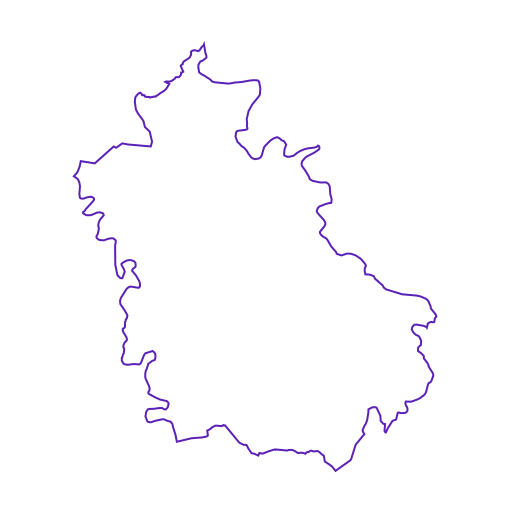 Chapulhuacán, Hidalgo, Mexico (Natural Earth projection), rotated 277°
{"feature_id": "50627088B31235975347334", "entity_name": "Chapulhuacán", "entity_type": "district", "adm_level": 2, "iso_a3": "MEX", "parent_name": "Mexico", "parent_adm1": "Hidalgo", "projection": "natural_earth1", "projection_center": [-98.94, 21.126], "detail": "fine", "context": "isolated", "style": "outline", "palette": "violet", "viewbox_px": 512, "rotation_deg": 277, "n_neighbors": 0, "source": "geoboundaries", "source_scale": "gbopen_adm2", "svg_char_len": 6043}
<svg xmlns="http://www.w3.org/2000/svg" viewBox="0 0 512 512"><g transform="rotate(277 256 256)"><path d="M459.6,178.6L458.8,178.4L456.8,176.6L453.3,174.9L452.3,173.6L452.8,170.5L452.5,168.9L451.7,167.4L450.8,166.6L447.9,167.1L444.7,165.8L440.4,160.8L439.2,160.0L437.3,159.8L436.9,158.9L435.4,158.1L430.0,161.4L429.2,160.4L429.0,159.4L426.9,159.4L425.5,158.8L424.2,157.8L423.7,154.6L422.1,153.8L419.2,150.6L418.3,147.5L418.4,146.3L417.8,146.1L418.1,145.3L417.8,144.8L416.9,146.8L417.0,147.5L416.2,149.0L410.7,146.4L408.5,144.4L405.7,140.8L403.4,138.6L402.8,137.4L402.0,137.1L401.8,135.1L401.3,134.5L401.3,133.6L400.3,131.5L400.9,130.7L400.5,128.2L400.7,127.9L400.7,126.3L401.9,125.7L402.1,125.1L401.7,123.9L402.1,123.0L403.2,122.6L403.9,121.3L403.7,120.4L401.6,118.4L398.7,116.9L394.4,116.9L386.9,118.9L383.4,121.2L376.5,127.7L370.4,130.1L366.6,135.3L356.8,138.9L351.9,138.2L351.1,115.3L351.5,109.6L346.4,104.0L347.3,101.4L328.3,84.7L328.8,70.5L323.5,70.1L318.6,68.9L316.6,68.1L313.0,65.5L310.6,69.8L307.6,71.6L303.9,72.8L296.0,73.1L292.4,74.1L291.7,75.4L291.9,77.7L293.3,80.4L294.7,84.4L294.3,86.8L293.5,88.0L292.6,88.4L291.3,88.1L281.4,81.1L280.1,80.7L278.5,79.0L277.4,79.1L275.9,82.4L275.9,83.8L276.4,87.2L279.8,93.1L280.3,95.7L279.9,98.5L279.2,99.4L277.8,99.9L273.3,96.9L270.2,95.8L266.7,95.7L264.6,96.6L263.1,96.7L258.3,96.2L256.4,95.3L255.1,95.4L254.1,96.1L252.8,98.5L253.0,103.0L255.4,108.0L256.1,111.1L256.0,112.4L254.5,114.8L253.0,115.1L249.1,114.9L230.1,117.4L220.0,120.8L217.5,124.1L217.6,126.0L224.3,127.6L227.0,126.4L230.5,123.8L231.6,123.4L232.9,124.3L235.6,128.0L236.5,130.5L236.6,132.7L235.9,135.7L234.5,137.2L231.4,137.8L230.2,137.4L228.6,135.6L227.3,134.9L226.2,134.9L221.9,139.4L217.2,142.9L214.8,144.1L211.9,144.6L210.3,143.7L210.1,142.5L210.4,135.9L210.0,134.0L208.6,132.5L207.5,131.5L197.9,127.0L194.9,126.5L191.6,127.3L186.4,132.0L181.5,135.6L178.5,135.4L176.8,134.4L175.7,134.6L174.3,134.0L169.8,134.6L168.7,134.2L167.6,132.7L166.4,132.7L164.4,133.5L159.6,137.3L157.4,138.1L156.3,137.9L154.4,136.3L151.5,135.3L149.2,135.5L148.3,136.3L147.2,136.6L143.4,136.6L141.7,135.9L139.1,135.6L138.7,135.2L135.7,135.6L132.8,137.8L132.4,139.7L132.4,142.1L133.9,148.0L134.1,153.2L135.2,154.5L136.1,154.9L143.6,156.8L145.9,158.0L149.1,164.9L148.3,166.3L146.7,167.9L144.1,168.5L141.2,168.4L140.3,168.1L139.3,165.8L135.8,162.2L130.5,161.3L129.1,160.7L126.2,160.4L122.5,160.8L120.8,161.4L113.8,165.7L111.4,166.6L109.4,166.6L107.9,165.7L106.8,165.8L105.9,166.8L103.3,173.5L101.8,178.4L101.1,185.2L99.3,187.2L98.3,187.3L95.0,186.8L92.8,185.3L92.6,184.1L93.6,181.4L93.5,179.4L91.9,173.2L91.1,168.4L90.6,167.3L87.9,166.0L83.4,165.8L78.8,168.2L78.3,168.9L78.0,170.4L78.3,172.4L80.0,175.7L82.4,182.5L82.7,184.6L81.5,188.5L81.1,191.5L79.1,193.5L76.3,194.4L68.9,197.8L62.0,200.1L67.3,214.4L69.4,224.8L70.8,229.0L71.9,230.1L76.8,228.9L78.5,231.5L80.1,232.8L82.3,235.7L82.8,237.0L82.9,241.6L83.3,243.4L84.2,244.1L83.9,245.0L84.2,245.8L68.7,262.2L67.1,266.6L67.3,269.6L64.1,271.8L59.7,275.6L59.6,278.1L58.2,282.6L60.9,283.4L60.6,286.6L63.8,292.6L66.1,297.6L66.2,298.3L66.0,298.9L66.4,299.1L66.7,310.7L67.4,312.0L68.0,315.7L66.9,318.9L65.5,321.7L66.3,324.8L66.2,327.8L65.7,328.9L67.8,330.8L67.7,331.9L69.2,333.5L69.5,334.7L69.0,337.0L69.9,340.7L69.3,342.6L67.0,345.7L66.1,347.6L60.4,349.4L56.5,357.0L52.4,361.1L64.8,374.6L66.0,375.2L80.8,377.9L92.4,385.2L95.0,383.3L96.5,383.1L101.2,384.5L102.5,385.3L106.5,386.3L114.1,386.6L117.5,386.3L119.9,389.7L120.5,392.9L120.1,394.2L112.4,399.0L107.6,399.8L105.0,402.7L104.9,404.6L97.9,404.9L97.1,405.5L96.7,406.4L101.3,407.9L109.0,411.6L110.8,415.0L117.7,415.8L118.1,417.0L117.7,418.5L118.3,422.9L119.5,424.4L120.6,425.1L122.3,425.1L124.6,424.3L125.3,423.4L127.9,422.2L129.8,422.4L130.3,427.8L133.0,433.1L134.5,435.6L138.2,439.5L139.8,440.7L141.9,441.4L149.7,442.4L151.2,443.2L151.9,444.5L153.4,445.3L158.4,446.5L159.9,446.4L161.5,445.6L167.1,441.0L169.0,440.3L170.8,439.1L174.8,435.1L177.3,434.7L180.0,431.2L181.3,428.5L183.7,428.0L185.2,428.3L187.9,430.5L192.0,430.3L195.7,427.9L196.5,426.9L197.1,424.6L199.2,421.6L202.0,419.6L203.5,419.6L205.1,420.0L207.0,421.5L207.5,423.6L207.1,431.0L206.5,432.7L206.6,433.7L205.8,434.3L209.7,434.8L210.5,435.3L211.9,437.6L211.8,439.9L212.2,440.9L216.3,441.2L217.7,442.4L218.2,442.3L219.8,441.5L225.2,436.0L227.4,435.4L232.6,432.3L234.1,430.3L235.9,424.4L236.3,420.0L235.8,405.6L238.7,389.3L240.3,386.6L242.4,385.2L245.9,379.8L246.2,379.8L247.7,377.1L250.3,375.4L251.4,371.2L251.1,366.8L254.8,365.6L257.4,365.5L259.5,366.3L260.7,365.8L262.1,364.6L266.0,360.3L268.8,354.7L269.8,350.2L269.5,346.1L267.0,340.7L268.0,335.8L269.6,335.1L274.5,329.6L280.9,324.8L281.8,323.8L283.9,319.4L285.0,317.9L286.6,316.7L288.0,316.6L293.6,320.2L296.0,321.0L297.5,320.7L299.9,319.1L305.6,312.5L306.9,311.3L308.1,310.8L311.0,311.5L312.9,312.9L315.9,318.5L317.4,321.9L317.7,323.9L318.7,324.3L321.8,324.1L326.4,322.2L334.0,320.7L336.4,319.1L337.6,316.7L336.8,310.7L337.5,303.1L338.2,301.1L338.9,300.0L341.3,298.8L346.0,295.2L351.2,290.5L353.2,290.0L355.3,290.1L359.2,292.6L361.1,294.5L365.7,301.3L369.2,305.3L370.4,305.8L371.4,305.7L372.4,305.4L373.0,304.8L373.1,304.0L371.7,302.9L370.8,301.0L369.2,294.5L368.0,291.4L365.7,287.2L363.3,284.2L360.1,281.1L358.6,277.1L358.3,274.9L359.1,272.1L360.2,271.5L365.2,271.3L370.2,272.4L373.2,270.0L374.2,267.0L375.7,265.0L376.5,262.4L374.8,259.1L372.3,256.1L366.1,251.4L364.5,250.7L356.3,249.4L354.3,248.4L353.0,246.7L352.0,243.1L352.3,241.3L353.4,239.1L356.4,236.2L359.0,234.3L362.0,231.0L363.4,228.1L365.7,225.6L366.7,223.9L372.0,221.1L376.4,221.2L377.7,222.0L378.2,223.2L379.9,230.1L380.8,231.8L381.5,232.0L384.0,231.1L386.1,231.1L390.8,230.1L399.1,231.0L406.1,233.9L414.7,239.3L416.8,240.2L422.9,239.9L429.4,237.8L430.5,236.4L430.3,232.7L429.5,228.8L426.9,220.4L425.6,213.9L424.0,208.8L423.7,206.4L423.4,194.4L423.5,192.7L423.9,191.2L425.7,188.9L429.0,182.1L429.7,179.9L431.3,177.2L436.0,175.8L438.7,175.5L442.0,176.9L442.7,177.6L443.3,179.1L446.9,182.6L448.5,182.4L451.2,181.1L459.6,178.6Z" fill="none" stroke="#5b21b6" stroke-width="2"/></g></svg>